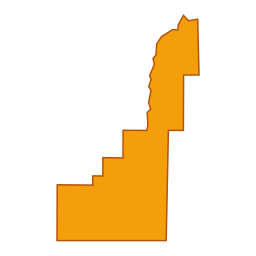 Gem, Idaho, United States of America
{"feature_id": "52423323B51946082922019", "entity_name": "Gem", "entity_type": "district", "adm_level": 2, "iso_a3": "USA", "parent_name": "United States of America", "parent_adm1": "Idaho", "projection": "natural_earth1", "projection_center": [-116.36, 44.159], "detail": "fine", "context": "isolated", "style": "filled", "palette": "amber", "viewbox_px": 256, "rotation_deg": 0, "n_neighbors": 0, "source": "geoboundaries", "source_scale": "gbopen_adm2", "svg_char_len": 541}
<svg xmlns="http://www.w3.org/2000/svg" viewBox="0 0 256 256"><path d="M197.7,19.2L188.6,20.8L183.5,15.4L178.3,24.8L177.7,30.1L172.7,29.6L161.6,36.5L156.7,44.0L156.0,55.0L153.0,58.5L154.4,64.3L149.6,75.7L151.1,79.4L148.7,86.7L151.0,90.2L148.6,102.7L150.7,109.1L147.2,112.5L147.9,125.2L146.8,130.4L123.1,130.3L123.0,157.9L102.9,157.7L102.8,176.0L92.7,175.9L92.7,185.1L57.2,184.8L57.0,240.6L87.5,240.6L107.8,240.6L166.2,240.6L168.4,130.4L183.4,130.4L183.6,75.0L199.0,75.0L197.7,19.2Z" fill="#f59e0b" stroke="#b45309" stroke-width="1.5"/></svg>